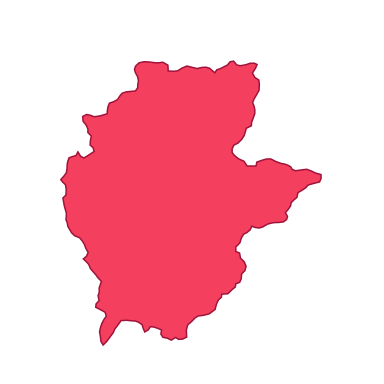 the district of Pains, Minas Gerais, Brazil, rotated 254°
{"feature_id": "56859067B98471010335506", "entity_name": "Pains", "entity_type": "district", "adm_level": 2, "iso_a3": "BRA", "parent_name": "Brazil", "parent_adm1": "Minas Gerais", "projection": "natural_earth1", "projection_center": [-45.694, -20.398], "detail": "fine", "context": "isolated", "style": "filled", "palette": "rose", "viewbox_px": 384, "rotation_deg": 254, "n_neighbors": 0, "source": "geoboundaries", "source_scale": "gbopen_adm2", "svg_char_len": 3097}
<svg xmlns="http://www.w3.org/2000/svg" viewBox="0 0 384 384"><g transform="rotate(254 192 192)"><path d="M229.3,71.8L223.8,70.0L221.9,66.3L217.8,65.8L213.3,65.4L209.6,65.4L206.2,65.4L203.2,64.4L200.1,63.2L197.0,63.6L193.1,63.2L189.5,64.1L186.0,65.0L182.2,67.2L179.1,71.3L174.7,73.2L171.4,74.1L167.2,74.4L162.5,75.5L159.3,72.8L157.6,69.1L153.5,71.5L150.7,72.8L146.5,73.2L142.8,74.9L139.0,76.7L135.3,78.0L131.1,80.3L128.5,78.5L125.4,76.3L121.2,75.2L118.2,73.1L113.3,72.8L110.8,68.9L107.7,67.7L104.4,71.3L100.5,75.2L96.4,75.5L93.7,72.2L90.6,69.2L87.0,66.7L83.1,64.6L78.4,64.1L73.4,63.3L69.4,64.4L71.9,68.9L74.5,72.3L78.5,77.5L81.5,80.0L84.4,83.9L87.9,88.3L86.8,93.6L84.8,98.5L83.7,101.8L81.6,104.7L78.1,107.5L74.5,107.5L70.5,108.0L71.4,111.7L74.0,114.9L72.8,117.9L70.4,121.5L67.8,124.7L64.0,122.9L60.3,124.0L58.3,128.0L55.3,131.2L56.7,136.2L54.1,138.4L53.2,142.4L54.0,146.9L57.1,147.6L60.8,148.5L65.4,151.2L67.7,156.1L70.1,160.2L71.1,163.8L70.3,169.0L70.1,174.8L72.7,181.8L77.6,184.7L81.0,187.7L82.7,191.2L85.6,192.5L84.3,198.4L87.1,203.6L88.8,207.5L91.7,208.8L92.0,212.9L95.0,215.4L99.6,217.1L101.8,221.2L105.6,223.5L110.4,223.0L115.0,220.4L120.2,220.9L122.7,217.8L127.0,218.8L129.8,223.9L134.2,226.8L137.3,230.2L137.8,233.5L139.6,237.4L142.6,240.2L140.7,242.6L138.9,246.5L138.9,250.3L140.3,255.6L140.2,260.5L139.6,264.0L138.7,267.4L138.1,271.8L139.5,275.4L142.3,277.1L146.3,276.0L148.8,279.7L151.4,282.9L154.2,284.2L156.0,287.1L157.9,291.4L162.2,293.7L163.5,298.8L164.7,302.4L166.7,305.6L166.7,310.9L166.5,317.4L169.6,319.9L173.2,320.8L176.1,316.1L179.1,312.7L182.2,308.6L182.9,304.3L183.9,297.3L186.2,294.5L189.0,293.8L191.2,291.7L193.1,289.1L194.9,285.6L198.1,281.1L202.1,276.8L203.2,272.6L203.2,268.2L202.9,262.6L199.3,260.7L200.3,257.2L201.8,252.2L207.3,250.4L210.7,246.3L213.6,244.1L216.3,242.4L219.1,241.5L222.4,242.5L225.4,245.0L226.4,249.8L228.9,254.3L231.9,257.7L235.1,259.8L238.3,261.8L239.3,267.3L242.5,268.5L245.8,270.9L249.9,273.9L253.9,275.1L257.3,275.3L261.2,274.9L264.3,277.3L267.4,280.6L271.3,284.5L277.2,286.5L281.2,287.1L284.9,283.9L289.7,282.9L293.3,287.0L296.6,289.7L298.7,287.3L299.7,283.3L299.5,278.5L300.1,273.1L301.9,270.0L306.3,268.1L306.7,264.6L304.3,261.0L303.6,257.4L302.8,253.3L302.6,249.4L300.3,246.9L303.3,244.8L306.2,243.0L308.1,239.8L309.0,236.0L309.3,230.9L312.3,225.6L314.5,221.9L313.9,216.8L312.4,211.4L313.3,207.0L314.9,202.5L320.6,203.8L324.8,199.7L325.5,194.9L326.8,191.2L328.8,186.7L330.4,182.0L330.8,176.7L328.5,172.4L325.7,170.5L322.5,170.5L317.6,171.5L313.4,171.1L310.3,169.5L307.2,168.5L304.7,165.5L305.6,160.9L306.4,156.3L306.2,152.0L304.2,149.1L301.4,145.9L300.4,141.5L300.2,137.1L297.2,134.8L293.9,133.2L290.6,132.0L290.5,127.5L290.6,123.7L291.3,118.8L294.1,114.9L295.6,111.9L294.7,107.7L290.0,106.8L285.2,108.8L281.3,109.3L277.8,108.3L273.6,110.6L268.5,108.1L265.1,107.0L262.1,109.0L258.0,109.2L256.5,104.6L255.4,100.8L254.5,97.5L257.0,94.8L262.0,93.4L259.0,90.5L259.0,86.8L258.8,83.3L256.4,81.5L253.4,79.8L248.9,78.3L245.0,76.4L242.5,73.1L240.1,69.3L237.2,70.4L233.8,72.4L229.3,71.8Z" fill="#f43f5e" stroke="#9f1239" stroke-width="1.5"/></g></svg>